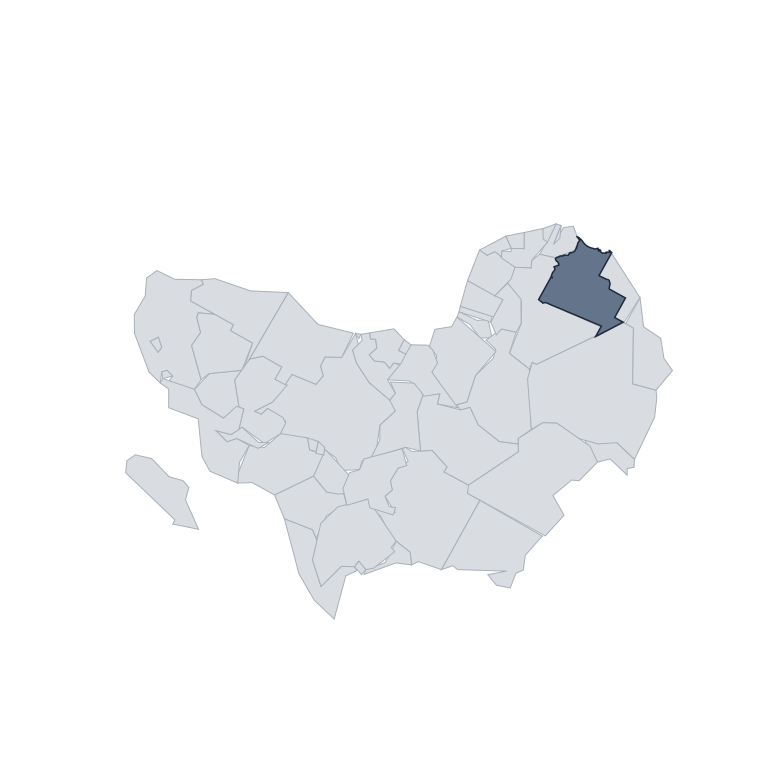 where Mauritania sits in Africa, rotated 119°
{"feature_id": "MRT", "entity_name": "Mauritania", "entity_type": "country or territory", "adm_level": 0, "iso_a3": "MRT", "parent_name": "Africa", "parent_adm1": "", "projection": "mercator", "projection_center": [-11.622, 21.016], "detail": "fine", "context": "in_parent", "style": "filled", "palette": "slate", "viewbox_px": 768, "rotation_deg": 119, "n_neighbors": 49, "source": "natural_earth", "source_scale": "50m", "svg_char_len": 13988}
<svg xmlns="http://www.w3.org/2000/svg" viewBox="0 0 768 768"><g transform="rotate(119 384 384)"><path d="M498.7,400.9L534.2,425.9L534.1,451.5L541.6,463.9L536.3,467.9L503.1,472.1L497.6,457.8L477.6,450.5L470.1,438.3L468.2,424.7L477.7,417.0L475.4,402.2L498.7,400.9Z" fill="#d9dde1" stroke="#a8b0b8" stroke-width="1"/><path d="M214.0,204.0L214.0,215.3L192.0,214.9L192.2,233.8L186.0,234.4L185.6,248.6L158.0,250.9L184.4,201.9L214.0,204.0Z" fill="#d9dde1" stroke="#a8b0b8" stroke-width="1"/><path d="M468.2,424.7L477.6,450.5L464.2,451.8L461.8,474.0L470.1,476.6L470.6,484.0L453.7,472.7L420.2,469.1L417.3,443.4L406.4,441.1L399.2,448.2L388.9,448.7L381.2,433.9L353.5,433.3L363.0,424.7L369.6,427.8L379.1,418.2L390.0,397.4L396.0,366.5L402.2,360.9L421.9,367.6L443.6,359.4L455.1,359.5L462.1,365.9L470.7,363.8L480.5,379.8L471.8,390.6L468.2,424.7Z" fill="#d9dde1" stroke="#a8b0b8" stroke-width="1"/><path d="M550.1,405.8L546.1,375.9L553.7,366.2L572.7,361.1L591.6,340.9L564.1,332.9L556.6,323.5L560.5,317.4L570.3,324.4L613.8,313.6L606.8,340.4L591.3,366.3L550.1,405.8Z" fill="#d9dde1" stroke="#a8b0b8" stroke-width="1"/><path d="M534.2,425.9L498.7,400.9L506.3,381.8L499.4,366.1L508.1,357.7L526.9,370.5L551.9,368.3L546.1,375.9L550.1,405.8L534.2,425.9Z" fill="#d9dde1" stroke="#a8b0b8" stroke-width="1"/><path d="M436.3,339.4L431.2,336.4L428.9,334.5L429.5,326.8L418.7,309.7L426.0,288.4L431.8,288.9L431.5,258.0L439.2,258.0L439.2,243.7L518.5,243.7L522.7,267.9L528.9,272.2L518.5,279.5L514.6,303.0L501.1,323.1L499.2,336.3L491.0,312.0L481.7,328.7L472.6,325.4L465.7,331.4L450.9,331.0L439.7,325.5L431.8,336.7L436.3,339.4Z" fill="#d9dde1" stroke="#a8b0b8" stroke-width="1"/><path d="M431.4,261.0L431.8,288.9L426.0,288.4L418.7,309.7L424.9,319.6L392.2,341.6L374.2,344.8L365.4,330.4L375.5,327.5L369.6,304.6L362.6,297.5L374.0,281.8L378.4,255.3L371.4,237.5L378.1,233.5L431.4,261.0Z" fill="#d9dde1" stroke="#a8b0b8" stroke-width="1"/><path d="M381.3,594.1L384.5,590.3L395.5,597.7L405.1,593.2L405.1,565.6L411.7,580.9L416.5,580.1L427.9,569.3L443.7,570.9L468.8,546.1L480.6,547.2L485.5,562.7L484.9,573.5L479.6,572.7L477.2,580.3L481.2,584.3L491.6,580.2L487.4,595.4L460.7,626.7L444.4,636.1L423.0,635.5L406.3,643.0L394.9,637.6L393.9,617.9L381.3,594.1ZM465.8,597.0L459.8,596.2L452.6,604.0L460.0,609.2L465.8,597.0Z" fill="#d9dde1" stroke="#a8b0b8" stroke-width="1"/><path d="M465.8,597.0L460.0,609.2L452.6,604.0L459.8,596.2L465.8,597.0Z" fill="#d9dde1" stroke="#a8b0b8" stroke-width="1"/><path d="M480.6,547.2L459.4,541.7L441.0,515.1L452.9,516.5L474.5,499.5L491.7,507.9L490.4,533.3L480.6,547.2Z" fill="#d9dde1" stroke="#a8b0b8" stroke-width="1"/><path d="M468.8,546.1L443.7,570.9L427.9,569.3L416.5,580.1L411.7,580.9L405.1,565.6L405.1,544.3L411.7,544.1L411.9,518.7L441.0,515.1L459.4,541.7L468.8,546.1Z" fill="#d9dde1" stroke="#a8b0b8" stroke-width="1"/><path d="M405.1,544.3L405.1,593.2L395.5,597.7L384.5,590.3L381.3,594.1L373.8,582.9L367.4,546.2L350.5,512.0L439.7,514.0L411.9,518.7L411.7,544.1L405.1,544.3Z" fill="#d9dde1" stroke="#a8b0b8" stroke-width="1"/><path d="M160.3,302.8L154.2,295.0L164.3,283.0L174.6,282.0L190.7,295.8L195.1,310.7L160.5,311.1L159.5,305.9L179.5,303.4L160.3,302.8Z" fill="#d9dde1" stroke="#a8b0b8" stroke-width="1"/><path d="M195.1,310.7L190.7,295.8L194.1,290.4L235.0,289.6L228.9,222.2L239.1,222.0L293.1,260.2L293.2,264.7L300.6,264.0L296.4,289.2L264.9,293.3L245.3,303.6L235.9,324.8L218.4,326.0L211.0,311.6L204.1,314.8L195.1,310.7Z" fill="#d9dde1" stroke="#a8b0b8" stroke-width="1"/><path d="M290.1,352.6L284.5,353.4L283.2,333.3L277.2,324.2L291.1,312.1L297.4,322.4L290.3,337.5L290.1,352.6Z" fill="#d9dde1" stroke="#a8b0b8" stroke-width="1"/><path d="M371.4,237.5L378.4,255.3L374.0,281.8L362.6,297.5L369.6,304.6L366.9,310.4L359.5,302.8L332.3,308.1L308.4,300.9L299.5,303.2L296.2,316.1L278.9,307.9L274.6,293.6L296.4,289.2L300.6,264.0L352.3,233.1L366.6,240.2L371.4,237.5Z" fill="#d9dde1" stroke="#a8b0b8" stroke-width="1"/><path d="M290.1,352.6L301.3,301.8L332.3,308.1L359.5,302.8L369.5,313.2L350.6,347.8L333.8,351.4L328.9,362.6L311.5,366.0L301.0,352.6L290.1,352.6Z" fill="#d9dde1" stroke="#a8b0b8" stroke-width="1"/><path d="M369.0,307.9L375.5,327.5L365.4,330.4L375.3,343.0L368.9,362.9L378.6,383.0L336.6,379.3L328.8,364.5L330.6,357.9L339.7,347.4L350.6,347.8L369.0,307.9Z" fill="#d9dde1" stroke="#a8b0b8" stroke-width="1"/><path d="M278.1,320.6L284.5,353.4L279.1,354.9L271.7,322.6L278.1,320.6Z" fill="#d9dde1" stroke="#a8b0b8" stroke-width="1"/><path d="M272.2,320.4L279.1,354.9L253.0,361.1L252.4,320.8L272.2,320.4Z" fill="#d9dde1" stroke="#a8b0b8" stroke-width="1"/><path d="M218.4,326.0L230.6,323.8L253.2,329.8L253.0,361.1L220.5,365.4L221.4,356.3L214.5,351.2L218.4,326.0Z" fill="#d9dde1" stroke="#a8b0b8" stroke-width="1"/><path d="M180.5,309.7L204.1,314.8L211.0,311.6L218.4,326.0L216.7,343.0L210.5,345.5L206.8,337.3L201.8,338.5L197.7,327.1L183.5,334.8L170.9,320.3L180.5,309.7Z" fill="#d9dde1" stroke="#a8b0b8" stroke-width="1"/><path d="M160.5,311.1L180.5,309.7L180.2,315.0L170.9,320.3L160.5,311.1Z" fill="#d9dde1" stroke="#a8b0b8" stroke-width="1"/><path d="M215.6,343.0L214.5,351.2L221.4,356.3L220.5,365.4L195.6,349.1L203.7,338.2L210.5,345.5L215.6,343.0Z" fill="#d9dde1" stroke="#a8b0b8" stroke-width="1"/><path d="M183.5,334.8L197.7,327.1L203.7,338.2L195.6,349.1L183.5,334.8Z" fill="#d9dde1" stroke="#a8b0b8" stroke-width="1"/><path d="M235.9,324.8L243.4,305.3L264.9,293.3L274.6,293.6L278.9,307.9L286.6,309.5L278.1,320.6L252.4,320.8L253.2,329.8L235.9,324.8Z" fill="#d9dde1" stroke="#a8b0b8" stroke-width="1"/><path d="M455.1,359.5L435.3,360.4L421.9,367.6L402.2,360.9L395.4,371.1L386.6,369.6L379.1,379.4L368.7,358.1L374.2,344.8L392.2,341.6L424.9,319.6L428.9,334.5L455.1,359.5Z" fill="#d9dde1" stroke="#a8b0b8" stroke-width="1"/><path d="M395.4,371.1L390.0,397.4L379.1,418.2L369.6,427.8L356.4,424.3L351.7,428.3L346.2,421.2L351.3,417.5L348.8,413.1L356.1,407.6L365.6,411.1L368.5,403.5L364.6,394.3L367.5,386.6L360.9,385.8L359.5,379.4L378.6,383.0L386.6,369.6L395.4,371.1Z" fill="#d9dde1" stroke="#a8b0b8" stroke-width="1"/><path d="M347.4,379.4L358.6,379.0L360.9,385.8L367.5,386.6L364.6,394.3L368.5,403.5L365.6,411.1L356.1,407.6L348.8,413.1L351.3,417.5L346.2,421.2L330.9,402.0L335.5,387.8L347.5,387.5L347.4,379.4Z" fill="#d9dde1" stroke="#a8b0b8" stroke-width="1"/><path d="M336.6,379.3L347.4,379.4L347.5,387.5L335.5,387.8L336.6,379.3Z" fill="#d9dde1" stroke="#a8b0b8" stroke-width="1"/><path d="M477.6,450.5L494.2,459.6L490.6,487.1L494.1,488.9L473.8,494.6L474.5,499.5L452.9,516.5L427.3,513.6L418.4,503.5L418.7,481.5L432.6,481.6L431.9,468.1L453.7,472.7L470.6,484.0L470.1,476.6L461.8,474.0L462.3,456.1L466.0,451.0L477.6,450.5Z" fill="#d9dde1" stroke="#a8b0b8" stroke-width="1"/><path d="M491.1,456.6L501.3,462.9L503.1,486.2L510.7,493.3L506.3,508.5L502.5,493.3L490.6,487.1L495.9,465.3L491.1,456.6Z" fill="#d9dde1" stroke="#a8b0b8" stroke-width="1"/><path d="M503.1,472.1L522.6,472.4L541.6,463.9L544.7,493.9L535.8,508.0L504.6,529.6L509.1,560.8L492.8,569.9L491.6,580.2L486.5,580.2L480.6,547.2L490.4,533.3L491.7,507.9L474.9,502.1L473.8,494.6L494.1,488.9L502.5,493.3L506.3,508.5L510.7,493.3L503.1,486.2L503.1,472.1Z" fill="#d9dde1" stroke="#a8b0b8" stroke-width="1"/><path d="M486.5,580.2L481.2,584.3L477.2,580.3L479.6,572.7L486.5,580.2Z" fill="#d9dde1" stroke="#a8b0b8" stroke-width="1"/><path d="M351.7,428.3L356.5,428.0L353.5,433.3L351.7,428.3ZM354.4,435.4L381.2,433.9L388.9,448.7L399.2,448.2L406.4,441.1L417.3,443.4L420.2,469.1L432.6,470.2L432.6,481.6L418.7,481.5L418.4,503.5L427.3,513.6L350.5,512.0L363.9,470.6L354.4,435.4Z" fill="#d9dde1" stroke="#a8b0b8" stroke-width="1"/><path d="M475.8,410.7L477.7,417.0L468.2,424.7L466.1,413.6L475.8,410.7Z" fill="#d9dde1" stroke="#a8b0b8" stroke-width="1"/><path d="M601.0,475.7L608.9,500.9L604.2,500.9L586.9,566.9L575.7,571.7L566.5,567.2L561.9,551.0L569.3,527.1L566.0,512.8L569.2,504.5L581.7,501.4L601.0,475.7Z" fill="#d9dde1" stroke="#a8b0b8" stroke-width="1"/><path d="M159.5,305.9L171.2,300.9L179.5,303.4L159.5,305.9Z" fill="#d9dde1" stroke="#a8b0b8" stroke-width="1"/><path d="M335.5,181.8L322.4,151.8L328.4,128.4L335.6,125.0L340.1,130.3L345.8,127.2L339.9,149.9L348.9,159.5L335.5,181.8Z" fill="#d9dde1" stroke="#a8b0b8" stroke-width="1"/><path d="M214.0,204.0L214.1,193.0L263.3,166.5L257.5,143.1L264.0,138.6L281.9,131.2L328.4,128.4L322.4,151.8L332.6,167.7L337.6,188.6L334.4,213.7L340.9,226.4L352.3,233.1L310.0,260.9L293.2,264.7L293.1,260.2L214.0,204.0Z" fill="#d9dde1" stroke="#a8b0b8" stroke-width="1"/><path d="M515.6,297.1L518.5,279.5L528.9,272.2L534.6,286.7L560.1,309.0L555.2,310.0L539.7,296.4L515.6,297.1Z" fill="#d9dde1" stroke="#a8b0b8" stroke-width="1"/><path d="M184.4,201.9L208.1,184.7L209.9,164.1L225.8,151.7L232.4,138.2L257.5,143.1L263.3,166.5L214.1,193.0L214.1,201.9L184.4,201.9Z" fill="#d9dde1" stroke="#a8b0b8" stroke-width="1"/><path d="M518.5,243.7L439.2,243.7L440.3,171.9L465.4,177.4L479.2,172.0L485.7,176.9L501.2,174.7L505.5,188.0L500.4,200.8L488.2,186.0L510.7,229.7L509.6,235.7L518.5,243.7Z" fill="#d9dde1" stroke="#a8b0b8" stroke-width="1"/><path d="M438.7,169.3L439.2,258.0L431.4,261.0L378.1,233.5L366.6,240.2L340.9,226.4L334.4,213.7L338.6,173.4L348.9,159.5L374.0,166.4L377.1,173.4L399.7,182.1L411.5,162.9L438.7,169.3Z" fill="#d9dde1" stroke="#a8b0b8" stroke-width="1"/><path d="M591.6,340.9L572.7,361.1L536.6,371.7L513.8,364.8L492.4,342.4L515.6,297.1L523.4,298.5L525.5,293.4L550.2,303.8L555.2,310.0L551.2,320.2L558.1,321.1L564.1,332.9L591.6,340.9Z" fill="#d9dde1" stroke="#a8b0b8" stroke-width="1"/><path d="M555.2,310.0L561.7,311.1L558.1,321.1L551.2,320.2L555.2,310.0Z" fill="#d9dde1" stroke="#a8b0b8" stroke-width="1"/><path d="M498.7,400.9L469.8,403.5L481.0,369.3L499.4,366.1L502.6,370.8L506.3,381.8L498.7,400.9Z" fill="#d9dde1" stroke="#a8b0b8" stroke-width="1"/><path d="M475.4,402.2L477.7,409.9L466.1,413.6L467.9,405.4L475.4,402.2Z" fill="#d9dde1" stroke="#a8b0b8" stroke-width="1"/><path d="M478.2,371.1L470.7,363.8L459.1,365.1L431.8,336.7L444.5,324.6L450.9,331.0L465.7,331.4L472.6,325.4L481.7,328.7L488.7,320.0L486.5,313.9L494.1,312.5L499.2,336.3L492.4,342.4L508.1,357.7L495.3,369.2L478.2,371.1Z" fill="#d9dde1" stroke="#a8b0b8" stroke-width="1"/><path d="M189.9,294.4L189.1,293.9L188.7,293.3L188.2,292.8L187.4,292.5L186.9,292.2L186.7,291.8L186.4,291.6L186.1,291.4L186.1,291.1L186.1,290.8L185.6,290.0L185.2,289.6L184.8,289.7L184.6,289.6L184.5,289.4L184.4,289.1L184.2,288.9L183.8,288.8L183.4,288.3L183.2,287.2L182.8,286.4L182.4,285.8L182.1,285.5L181.9,285.5L181.8,285.4L181.7,285.2L181.4,285.2L181.0,285.4L180.6,285.3L180.4,285.0L180.1,285.0L179.7,285.2L179.3,285.1L178.9,284.8L178.7,284.4L178.6,284.0L177.9,283.3L176.4,282.1L174.9,281.6L173.2,281.7L172.2,281.6L172.0,281.4L171.8,281.5L171.6,281.7L171.4,281.7L171.2,281.6L171.0,282.0L170.4,282.1L169.2,282.1L168.3,282.3L167.6,282.6L166.6,282.8L165.4,282.7L164.6,282.6L164.3,282.4L164.0,282.4L163.5,282.5L163.1,283.0L162.7,284.0L162.4,284.6L162.1,284.8L161.9,285.5L161.7,286.7L161.5,287.3L161.5,284.2L161.9,283.0L162.0,282.0L162.8,279.7L163.7,277.9L164.6,275.4L164.9,273.0L164.8,270.6L164.5,268.5L164.1,267.1L163.7,265.1L163.0,264.1L161.9,263.1L161.6,262.6L161.9,262.4L162.6,262.2L163.0,261.5L162.1,261.8L163.2,259.6L163.5,258.0L163.5,257.0L163.7,256.4L162.8,255.1L162.2,253.4L161.9,253.1L161.5,253.0L161.5,253.4L161.3,253.7L160.9,253.5L160.2,252.3L159.2,250.3L158.9,250.1L158.6,250.4L158.4,250.6L158.1,252.3L158.0,251.6L158.1,250.9L158.4,249.9L158.6,248.5L159.5,248.5L161.0,248.5L162.6,248.5L164.1,248.5L165.6,248.5L167.2,248.5L168.7,248.5L170.2,248.5L171.8,248.5L173.3,248.5L174.8,248.5L176.4,248.5L177.9,248.5L179.4,248.5L181.0,248.5L182.5,248.5L184.0,248.5L185.0,248.5L185.0,247.6L184.9,246.8L184.9,245.8L184.8,244.8L184.7,243.8L184.7,242.8L184.6,241.8L184.6,241.0L184.5,240.1L184.4,239.7L184.1,238.7L184.0,238.3L184.1,237.8L184.3,237.3L184.9,236.5L185.8,235.8L186.9,235.1L187.7,234.5L188.1,234.4L189.3,234.2L190.3,233.7L191.3,233.3L191.7,233.1L191.7,232.3L191.7,231.4L191.7,230.4L191.7,229.4L191.7,228.4L191.7,227.4L191.7,226.4L191.7,225.4L191.7,224.4L191.7,223.4L191.7,222.4L191.7,221.4L191.7,220.4L191.7,219.4L191.7,218.4L191.7,217.4L191.7,216.4L191.7,215.4L191.7,214.5L192.7,214.5L194.0,214.5L195.2,214.5L196.5,214.5L197.7,214.5L198.9,214.5L200.2,214.5L201.4,214.5L202.7,214.5L203.9,214.5L205.2,214.5L206.4,214.5L207.7,214.5L208.9,214.5L210.2,214.5L211.4,214.5L212.6,214.5L214.0,214.5L214.0,213.6L214.0,212.4L214.0,210.7L214.0,209.0L214.0,207.6L214.0,206.1L214.0,204.8L215.3,205.7L216.5,206.5L217.8,207.3L219.0,208.1L220.3,209.0L221.5,209.8L222.8,210.6L224.1,211.4L225.3,212.3L226.6,213.1L227.8,213.9L229.1,214.7L230.3,215.6L231.6,216.4L232.9,217.2L234.1,218.0L235.2,218.7L236.8,219.8L238.3,220.8L239.8,221.9L237.5,221.9L234.3,221.9L232.2,221.9L230.0,221.9L228.0,221.9L228.1,223.6L228.3,225.4L228.5,227.2L228.7,229.0L228.9,230.9L229.1,232.7L229.3,234.5L229.5,236.3L229.7,238.1L229.9,239.9L230.0,241.7L230.2,243.5L230.4,245.3L230.6,247.1L230.8,248.9L231.0,250.6L231.2,252.4L231.4,254.2L231.6,256.0L231.8,257.7L232.0,259.5L232.1,261.3L232.3,263.0L232.5,264.8L232.7,266.6L232.9,268.3L233.1,270.1L233.3,271.8L233.5,273.6L233.7,275.3L233.9,277.1L234.0,278.8L234.2,280.5L234.4,282.2L235.2,283.1L236.2,284.2L235.9,285.8L235.6,287.6L235.2,289.7L233.8,289.7L232.4,289.7L231.1,289.7L229.7,289.7L228.3,289.7L227.0,289.7L225.6,289.7L224.2,289.7L222.9,289.7L221.5,289.7L220.1,289.7L218.8,289.7L217.4,289.7L216.1,289.7L214.7,289.7L213.3,289.7L212.0,289.7L210.7,289.7L209.9,289.6L209.6,289.5L209.5,288.4L209.3,288.5L209.0,288.8L208.9,289.1L208.9,289.6L208.9,289.9L208.0,290.1L206.8,290.3L205.6,290.5L204.3,290.5L203.9,290.4L203.4,290.2L202.4,290.1L201.9,290.1L201.3,290.1L200.5,290.2L200.3,290.4L199.7,291.2L199.2,292.1L198.9,292.1L198.5,291.6L197.4,290.6L196.1,289.4L195.5,288.8L195.1,288.7L194.5,289.1L194.0,289.6L193.4,290.2L193.2,290.7L193.0,291.4L192.9,292.2L192.7,293.1L192.2,293.9L191.7,294.5L191.3,294.7L191.1,294.9L189.9,294.4ZM162.6,260.1L162.2,260.8L162.0,260.6L161.9,260.1L162.3,259.5L162.4,259.1L162.8,259.0L162.6,260.1Z" fill="#64748b" stroke="#1e293b" stroke-width="1.5"/></g></svg>